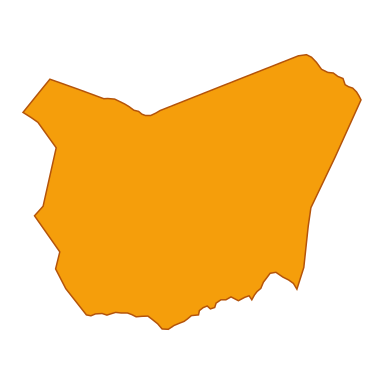 Teofilândia, Bahia, Brazil
{"feature_id": "56859067B44789603745472", "entity_name": "Teofilândia", "entity_type": "district", "adm_level": 2, "iso_a3": "BRA", "parent_name": "Brazil", "parent_adm1": "Bahia", "projection": "robinson", "projection_center": [-38.948, -11.473], "detail": "fine", "context": "isolated", "style": "filled", "palette": "amber", "viewbox_px": 384, "rotation_deg": 0, "n_neighbors": 0, "source": "geoboundaries", "source_scale": "gbopen_adm2", "svg_char_len": 1209}
<svg xmlns="http://www.w3.org/2000/svg" viewBox="0 0 384 384"><path d="M23.0,112.4L30.9,117.4L37.9,122.3L56.2,147.8L43.1,206.2L34.5,215.8L54.8,244.7L59.8,251.9L55.6,268.9L65.8,288.7L86.4,314.9L90.9,315.8L95.5,313.9L102.1,313.5L106.9,315.1L111.3,313.7L115.6,312.4L121.3,313.0L127.5,313.0L131.8,314.6L136.1,316.8L142.0,316.3L147.9,316.1L152.1,319.3L157.7,323.8L162.1,329.0L168.3,329.3L174.0,325.5L180.0,323.0L184.1,321.4L187.4,319.0L191.4,315.6L198.5,314.9L199.4,310.6L203.2,307.6L207.2,306.0L210.4,308.9L214.7,307.5L216.1,303.1L220.9,299.8L225.9,299.8L231.0,296.9L238.4,300.7L244.8,297.3L249.1,295.8L251.8,299.8L254.5,294.9L257.1,291.5L260.8,288.4L263.4,282.2L266.6,278.0L270.1,273.3L275.9,272.3L282.9,277.1L288.7,280.0L293.4,283.4L296.9,289.2L303.8,267.5L308.2,226.4L310.9,207.7L335.2,156.9L361.0,99.9L358.9,95.8L356.5,91.9L352.7,88.1L348.5,86.7L345.1,84.7L343.0,78.5L337.8,76.4L333.3,73.0L327.8,72.4L321.5,69.3L316.4,62.3L311.5,57.2L306.5,54.7L298.4,55.8L221.7,86.1L160.2,110.5L155.8,113.1L150.7,115.5L145.4,115.5L141.8,114.1L138.6,111.4L133.8,110.2L129.3,106.8L124.7,104.0L114.7,99.1L107.8,98.5L103.8,98.7L77.8,89.1L49.9,79.2L42.3,88.5L23.0,112.4Z" fill="#f59e0b" stroke="#b45309" stroke-width="1.5"/></svg>